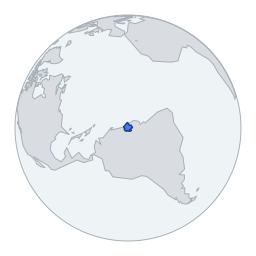 Suriname highlighted on a globe, orthographic projection, rotated 309°
{"feature_id": "SUR", "entity_name": "Suriname", "entity_type": "country or territory", "adm_level": 0, "iso_a3": "SUR", "parent_name": "South America", "parent_adm1": "", "projection": "orthographic", "projection_center": [-56.071, 3.918], "detail": "fine", "context": "on_globe", "style": "filled", "palette": "blue", "viewbox_px": 256, "rotation_deg": 309, "n_neighbors": 0, "source": "natural_earth", "source_scale": "50m", "svg_char_len": 8796}
<svg xmlns="http://www.w3.org/2000/svg" viewBox="0 0 256 256"><g transform="rotate(309 128 128)"><circle cx="128" cy="128" r="113" fill="#eef3f6" stroke="#a8b0b8"/><path d="M92.3,21.2L92.6,21.1L88.0,23.6L92.2,22.9L93.5,26.1L95.6,25.1L97.5,26.1L100.7,25.5L100.0,26.6L103.1,25.2L103.1,24.3L104.5,23.5L106.4,23.2L105.9,24.4L104.8,24.8L105.7,25.0L104.6,25.8L106.2,25.2L105.3,27.0L109.0,24.8L110.6,25.9L109.3,27.2L105.8,27.6L94.1,32.8L91.7,34.8L91.8,37.0L99.6,39.7L98.4,42.1L99.5,44.8L101.8,43.1L101.8,40.4L106.3,38.2L105.7,35.6L107.5,34.4L108.4,31.8L112.1,31.8L115.3,33.3L114.7,35.6L116.1,36.5L119.7,34.1L121.8,38.7L128.4,42.5L128.5,44.0L123.0,46.5L115.1,46.5L108.0,51.1L116.5,47.9L116.6,52.1L118.3,52.8L120.6,52.7L122.0,51.0L122.9,52.6L114.8,56.1L113.9,54.7L116.5,53.5L112.7,53.7L107.3,56.7L107.8,58.9L99.0,62.1L99.3,63.9L97.5,65.8L97.7,62.6L97.2,68.6L87.0,75.3L86.0,86.5L82.7,77.8L78.9,76.9L74.2,77.1L73.9,78.9L68.1,77.6L62.0,81.5L58.6,90.4L59.7,97.3L66.4,97.6L68.9,93.7L74.1,92.9L69.2,103.5L78.1,105.0L76.6,113.0L79.0,117.3L83.7,116.2L88.5,118.2L92.3,113.5L98.3,111.0L98.0,117.6L101.6,111.6L104.7,114.8L116.8,114.6L115.8,116.1L125.9,124.0L137.3,127.4L140.0,132.2L138.5,135.2L142.6,136.1L142.7,138.1L159.2,141.0L167.9,145.9L167.8,152.7L160.8,160.5L155.3,176.9L143.0,182.2L140.4,188.6L131.7,197.8L124.2,197.1L126.9,201.6L123.2,204.3L118.4,204.4L118.1,207.5L114.6,207.6L117.3,209.6L112.6,213.5L115.1,216.7L111.9,219.7L113.6,221.6L112.0,221.5L110.7,222.1L110.9,223.1L105.7,221.3L103.1,217.2L104.2,215.1L102.1,214.7L104.2,209.2L102.3,210.3L101.0,201.7L102.8,194.5L102.2,173.0L99.5,168.6L90.8,163.4L80.4,146.9L82.8,140.3L80.6,137.1L87.6,127.6L86.0,118.8L83.7,117.5L81.1,120.8L73.2,115.2L70.9,108.5L49.2,97.7L47.6,94.4L48.5,89.1L46.2,72.2L44.9,88.0L43.1,84.9L42.5,79.2L44.0,77.8L45.2,69.8L44.3,66.9L48.2,57.5L58.1,46.1L57.7,47.8L60.1,45.2L60.7,43.1L60.6,42.4L69.8,33.4L73.2,29.8L70.5,31.1L74.1,29.2L72.0,30.3L81.9,25.2L92.3,21.2ZM85.0,90.3L95.2,95.9L88.9,96.6L90.1,95.5L87.7,93.2L82.9,91.1L77.5,92.3L85.0,90.3ZM90.7,84.1L88.9,83.7L90.7,83.6L90.7,84.1ZM60.1,42.4L60.5,43.3L59.1,45.8L58.5,45.2L60.1,42.4ZM63.2,38.3L64.0,38.1L61.3,40.4L61.6,39.8L63.2,38.3ZM68.0,32.7L67.9,32.7L68.0,32.7ZM106.3,32.1L107.3,31.9L106.6,32.5L106.3,32.1ZM105.7,31.1L104.1,31.8L103.6,31.5L104.6,31.1L105.7,31.1ZM107.7,30.3L102.9,30.9L102.0,30.3L105.0,28.3L107.7,30.3ZM102.3,24.2L102.4,25.1L100.6,24.8L102.3,24.2ZM100.8,24.2L93.3,24.9L94.2,23.7L96.5,23.6L96.2,22.5L100.2,21.5L101.3,21.9L100.0,22.8L102.6,21.8L100.8,24.2ZM104.9,23.2L103.3,23.3L103.9,22.2L107.2,21.7L106.0,22.2L104.9,23.2ZM94.1,22.8L95.1,22.0L98.7,21.0L99.6,20.6L100.4,21.4L94.1,22.8ZM106.8,22.3L108.9,21.6L110.3,21.8L106.5,23.0L106.8,22.3ZM102.7,22.2L103.1,21.7L104.0,21.8L102.7,22.2ZM116.5,22.8L114.6,22.7L114.8,22.1L116.5,22.8ZM109.5,21.3L109.0,21.2L108.9,21.0L110.5,20.6L109.5,21.3ZM102.9,20.7L104.2,20.5L102.7,20.3L105.3,19.7L105.4,20.4L106.5,19.8L107.3,19.6L106.5,20.5L102.9,20.7ZM111.7,19.7L112.7,20.8L116.2,20.8L116.2,21.3L110.5,21.2L111.7,19.7ZM108.7,20.1L110.5,19.9L109.6,20.5L107.7,21.0L108.7,20.1ZM107.1,19.0L103.0,19.8L103.2,19.6L107.1,19.0ZM112.9,19.6L112.6,19.4L113.3,19.5L112.9,19.6ZM109.1,19.0L107.6,19.3L107.8,19.1L109.1,19.0ZM113.3,18.8L113.6,19.1L112.4,19.4L113.3,18.8ZM111.5,18.8L112.1,18.5L111.7,19.3L110.9,18.9L111.5,18.8ZM109.5,18.8L109.1,18.8L110.1,18.7L109.5,18.8ZM117.9,17.9L117.7,18.8L114.9,19.3L115.5,18.3L117.9,17.9ZM114.7,225.0L106.3,222.0L110.9,223.4L113.1,221.9L117.8,224.1L114.7,225.0ZM121.8,221.1L124.9,220.3L125.9,220.8L124.0,221.5L121.8,221.1ZM207.9,48.6L207.2,47.9L205.5,46.2L207.9,48.6ZM204.5,45.4L205.8,46.7L207.4,48.2L208.5,49.4L207.2,48.2L206.1,47.1L205.3,46.7L210.4,52.6L212.6,54.7L212.3,56.5L215.9,60.4L216.9,62.5L211.2,56.9L209.4,54.6L201.5,49.4L203.4,51.8L211.0,57.1L210.0,56.8L212.5,60.7L209.8,57.6L201.0,51.7L198.7,54.1L201.0,64.5L198.6,66.0L194.1,64.8L187.9,55.2L194.1,53.1L192.0,50.2L186.2,46.8L188.6,46.6L187.0,45.1L188.8,44.4L187.0,40.4L188.3,39.6L183.3,35.4L183.2,34.6L186.2,37.2L188.9,38.8L191.5,37.7L190.7,36.7L187.3,34.2L188.4,34.4L184.7,32.2L184.1,31.0L181.8,30.8L177.6,28.4L174.9,26.5L173.1,25.9L177.6,29.1L179.7,30.5L182.2,31.6L187.7,36.1L187.8,37.1L180.4,32.8L179.7,34.0L174.3,30.6L165.6,23.2L164.1,21.9L170.8,23.8L173.7,25.1L172.7,24.9L177.6,26.9L175.3,25.9L176.2,26.2L172.5,24.5L181.3,28.8L189.5,33.6L197.3,39.2L204.5,45.4ZM169.9,23.4L168.6,22.9L169.9,23.4ZM228.8,77.7L227.4,75.1L226.2,72.8L226.0,72.5L225.8,72.1L227.8,75.9L225.7,72.2L230.7,81.7L233.8,89.2L236.3,96.9L238.2,104.8L239.6,112.7L240.4,120.8L240.6,128.9L240.3,137.0L239.4,145.0L237.8,152.9L235.8,160.8L233.1,168.4L230.0,175.8L226.3,183.0L224.2,186.6L220.5,191.7L217.8,192.8L220.3,188.8L223.0,181.4L227.8,163.0L231.3,154.0L232.2,147.4L230.0,133.4L230.6,125.1L229.4,121.9L227.2,123.3L225.4,119.5L223.7,119.7L211.6,124.6L206.2,120.0L195.7,105.3L196.7,98.7L193.9,91.7L198.2,66.3L202.4,67.0L209.5,62.4L211.0,62.9L213.8,68.1L222.0,73.1L220.4,68.4L224.3,70.9L224.6,70.2L218.3,60.7L217.8,61.6L214.2,57.4L211.7,52.8L211.7,52.7L218.2,60.5L223.9,68.9L228.8,77.7ZM200.6,78.4L201.4,80.4L201.4,80.5L200.6,78.4ZM117.2,114.5L118.6,115.8L116.6,115.8L117.2,114.5ZM87.7,99.2L90.0,99.4L91.1,100.4L89.3,100.7L87.7,99.2ZM107.6,99.5L110.3,100.1L107.3,100.6L107.6,99.5ZM96.8,96.6L105.4,99.3L99.6,101.1L94.3,99.6L98.1,99.0L96.8,96.6ZM89.1,87.7L90.4,88.2L89.9,89.4L89.1,87.7ZM92.0,84.1L91.4,84.2L90.9,83.3L92.0,84.1ZM117.1,51.9L117.8,51.7L120.0,51.8L118.7,52.5L117.1,51.9ZM131.0,48.9L132.0,51.6L130.4,50.0L128.9,51.2L123.6,49.8L128.2,44.7L127.1,47.1L131.0,48.9ZM117.8,46.9L120.6,48.1L117.3,47.0L117.8,46.9ZM176.2,38.7L178.3,39.3L179.8,41.0L178.2,43.0L176.1,40.4L176.2,38.7ZM181.0,39.8L174.1,35.5L174.9,34.5L175.6,35.7L176.8,35.4L178.3,37.5L185.7,41.0L187.4,42.9L183.5,44.9L183.8,43.1L181.8,42.5L181.0,39.8ZM155.4,29.4L152.5,28.4L157.9,27.3L160.0,28.4L158.5,30.2L155.2,29.9L155.4,29.4ZM113.8,27.0L112.4,27.3L112.5,26.8L113.9,26.3L113.8,27.0ZM115.6,22.8L120.4,25.6L119.0,26.0L123.5,27.7L121.5,29.4L118.6,28.2L120.5,30.9L117.0,30.5L118.7,32.4L112.5,29.5L109.5,29.6L113.6,28.8L115.6,27.2L115.5,26.5L113.1,24.7L107.6,24.3L108.7,22.9L110.9,22.1L112.4,21.9L111.2,22.8L114.1,22.0L113.5,23.2L115.6,22.8ZM136.2,17.3L134.3,17.6L139.8,17.8L139.3,18.3L140.0,18.3L141.0,19.0L143.5,19.9L142.7,20.1L144.0,20.4L144.7,21.0L146.2,21.5L145.4,22.2L147.2,23.0L145.8,22.9L149.0,24.1L146.2,23.6L146.9,24.5L149.3,24.5L141.1,28.8L139.8,31.6L140.3,34.3L135.5,33.6L131.9,30.7L129.6,27.4L131.5,25.1L129.0,25.3L129.1,24.4L131.1,24.6L128.1,23.8L128.8,23.1L126.8,21.1L122.2,20.7L121.3,20.2L123.4,20.0L121.1,19.6L124.5,18.9L124.0,18.6L126.9,17.8L131.3,17.9L130.3,17.5L132.5,17.1L136.2,17.3ZM118.8,17.6L124.2,17.3L126.5,17.5L120.6,18.9L120.6,19.3L116.8,20.6L113.5,20.2L114.9,19.9L115.4,19.5L116.3,19.7L116.0,19.2L117.9,18.8L118.2,18.4L119.9,18.3L118.8,17.6ZM210.5,60.8L211.3,60.9L212.0,60.4L213.6,63.0L210.5,60.8ZM204.6,56.9L205.0,56.4L207.6,59.5L206.8,59.6L204.6,56.9ZM202.9,53.7L204.8,56.1L203.3,54.9L202.9,53.7ZM186.3,36.8L186.4,36.3L187.3,36.8L188.3,37.8L186.3,36.8ZM152.6,19.1L151.1,18.9L150.6,18.7L146.6,18.0L146.6,17.7L149.1,18.0L152.6,19.1ZM219.5,62.4L220.7,64.3L220.1,63.6L219.8,63.0L219.5,62.4ZM218.0,63.5L219.4,64.4L218.4,64.2L218.0,63.5ZM152.0,18.6L150.3,18.3L151.4,18.4L152.0,18.6ZM146.5,17.5L147.3,17.5L146.2,17.6L146.5,17.5ZM145.4,16.7L147.0,17.0L146.1,16.9L145.4,16.7Z" fill="#d9dde1" stroke="#a8b0b8" stroke-width="1"/><path d="M131.7,125.2L131.6,125.3L131.4,125.5L131.2,125.8L131.2,126.0L131.1,126.4L131.2,126.5L131.2,126.9L131.2,127.0L131.3,127.4L131.3,127.5L131.6,128.0L131.8,128.3L132.0,128.6L132.1,128.8L131.9,129.1L131.7,129.4L131.7,129.5L131.7,129.8L131.7,130.0L131.6,130.4L131.3,130.9L131.1,130.9L131.0,131.1L130.9,131.1L130.7,131.1L130.6,130.9L130.4,130.9L130.2,130.8L130.2,130.7L129.9,130.7L129.7,130.7L129.5,130.8L129.4,130.8L128.8,130.9L128.7,131.0L128.3,130.8L128.2,130.7L128.2,130.8L128.1,131.0L127.9,131.2L127.9,131.3L128.0,131.3L128.1,131.5L128.3,131.7L128.3,131.8L128.3,132.0L128.2,132.1L127.7,132.0L127.4,131.9L127.2,131.9L126.9,131.7L126.6,131.5L126.5,131.3L126.5,131.2L126.4,131.1L126.3,130.9L126.2,130.8L126.2,130.7L126.0,130.3L125.9,130.2L125.8,129.9L125.7,129.8L125.7,129.6L125.6,129.4L125.6,129.1L125.3,129.1L125.2,129.1L124.9,129.0L124.9,128.8L124.8,128.6L124.5,128.5L124.5,128.3L124.4,128.1L124.2,127.8L124.1,127.6L124.2,127.4L124.3,127.1L124.4,126.9L124.5,126.7L124.5,126.4L124.4,126.3L124.4,126.2L124.5,126.1L124.8,125.9L125.1,125.9L125.4,125.9L125.5,125.8L125.6,125.7L125.8,125.5L125.8,125.4L125.7,125.4L125.6,125.2L125.7,124.9L125.8,124.8L125.9,124.6L125.9,124.4L126.0,124.2L126.2,123.9L127.2,124.0L127.7,124.1L128.3,124.3L128.3,124.5L128.3,124.3L128.3,124.1L128.5,124.0L128.8,123.9L129.4,124.0L129.8,123.9L130.4,123.9L131.4,124.1L131.8,124.2L131.9,124.3L132.0,124.5L131.9,124.9L131.7,125.2Z" fill="#3b82f6" stroke="#1e3a8a" stroke-width="1.5"/></g></svg>